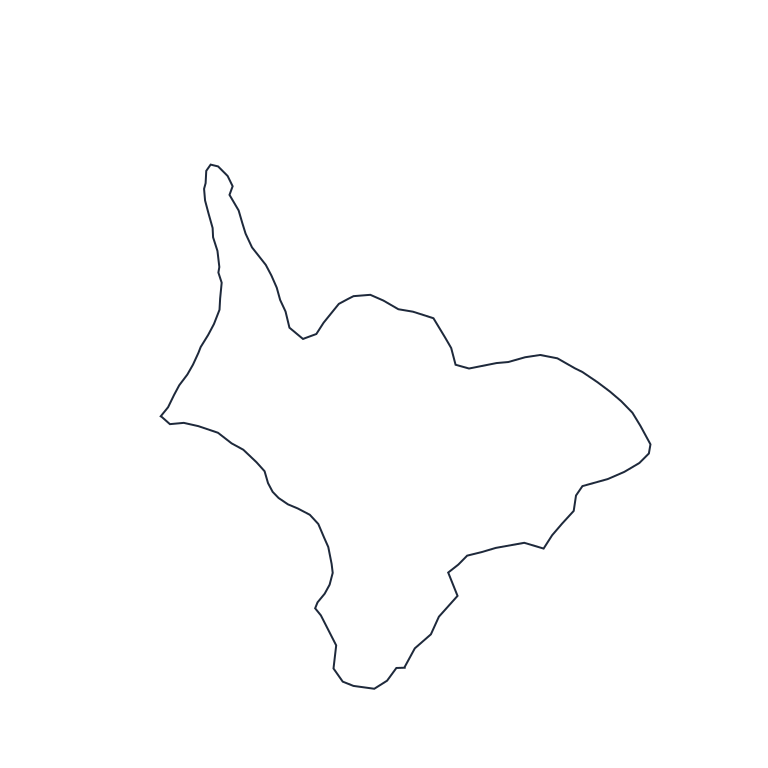 Qubadli District, Qubadli, Azerbaijan (Mercator projection), rotated 155°
{"feature_id": "54616110B66639423042347", "entity_name": "Qubadli District", "entity_type": "district", "adm_level": 2, "iso_a3": "AZE", "parent_name": "Azerbaijan", "parent_adm1": "Qubadli", "projection": "mercator", "projection_center": [46.641, 39.301], "detail": "fine", "context": "isolated", "style": "outline", "palette": "slate", "viewbox_px": 768, "rotation_deg": 155, "n_neighbors": 0, "source": "geoboundaries", "source_scale": "gbopen_adm2", "svg_char_len": 1618}
<svg xmlns="http://www.w3.org/2000/svg" viewBox="0 0 768 768"><g transform="rotate(155 384 384)"><path d="M308.9,167.4L295.5,175.9L281.6,182.2L265.7,188.8L257.1,201.8L247.3,207.6L221.5,203.3L203.3,202.8L185.9,204.5L173.3,209.1L168.0,216.7L169.3,237.7L171.0,253.0L176.3,268.2L182.4,281.6L189.7,295.3L199.1,311.0L204.4,317.6L216.0,334.0L230.2,344.3L244.8,348.6L262.1,351.4L273.1,355.4L300.4,362.1L311.0,371.2L307.9,388.2L309.0,400.5L311.4,422.7L327.2,437.3L339.4,445.7L349.3,459.9L358.7,470.6L374.5,476.5L380.5,476.3L391.1,475.7L412.8,465.1L424.2,457.9L438.4,459.1L445.9,475.0L442.6,491.3L442.6,504.1L440.5,516.6L440.2,529.9L440.8,541.9L445.9,563.6L445.9,578.8L444.4,589.7L442.4,602.7L444.1,620.7L437.6,627.2L437.8,638.6L442.4,651.3L448.4,656.1L455.0,652.3L460.8,641.4L464.6,636.9L468.6,626.0L470.9,613.1L473.4,597.8L476.9,589.2L478.7,575.0L483.8,559.6L487.0,555.0L488.3,544.4L496.4,530.7L501.7,520.8L512.8,510.2L522.6,502.8L534.5,495.0L539.0,490.7L548.9,482.3L558.2,475.7L570.1,469.4L578.9,462.8L589.5,454.2L600.0,449.1L599.3,448.0L595.0,438.1L581.9,433.4L570.1,424.3L555.1,410.0L547.2,394.6L539.3,383.9L532.6,366.9L529.1,355.4L531.0,343.2L530.5,333.3L527.7,325.2L521.9,315.5L514.8,307.7L506.5,296.8L502.7,284.9L503.2,270.2L503.4,259.8L507.5,243.1L510.3,234.5L518.1,225.1L526.4,219.0L536.5,214.2L541.2,209.8L539.0,201.0L537.8,167.3L550.0,147.5L547.2,131.7L539.3,123.3L521.6,111.9L506.6,113.8L492.8,121.4L485.1,118.1L484.7,118.9L467.8,131.4L447.3,137.3L432.6,149.9L406.9,160.9L405.5,186.0L393.0,188.9L381.2,193.3L366.6,190.4L351.9,188.2L324.0,180.8L308.9,167.4Z" fill="none" stroke="#1e293b" stroke-width="2"/></g></svg>